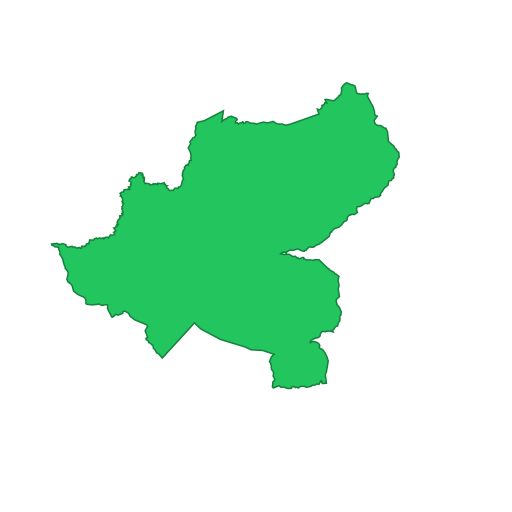 Bibiani-anhwiaso-bekwai Municipal, Western, Ghana (orthographic projection), rotated 61°
{"feature_id": "2480657B81329004729189", "entity_name": "Bibiani-anhwiaso-bekwai Municipal", "entity_type": "district", "adm_level": 2, "iso_a3": "GHA", "parent_name": "Ghana", "parent_adm1": "Western", "projection": "orthographic", "projection_center": [-2.296, 6.295], "detail": "fine", "context": "isolated", "style": "filled", "palette": "green", "viewbox_px": 512, "rotation_deg": 61, "n_neighbors": 0, "source": "geoboundaries", "source_scale": "gbopen_adm2", "svg_char_len": 6087}
<svg xmlns="http://www.w3.org/2000/svg" viewBox="0 0 512 512"><g transform="rotate(61 256 256)"><path d="M276.0,392.6L277.9,391.4L279.7,391.8L280.9,390.8L284.8,389.6L287.1,390.5L288.7,389.8L292.5,389.9L294.0,388.7L299.8,387.4L284.7,342.2L293.0,339.7L311.7,327.6L330.3,309.6L335.6,305.8L342.0,295.8L350.8,287.8L351.6,291.4L355.0,295.5L356.5,295.2L359.7,295.9L361.2,296.9L363.4,297.4L364.7,296.9L366.9,297.4L369.4,299.3L372.7,299.3L374.0,300.5L374.3,302.3L378.6,305.2L379.8,304.8L380.6,298.8L383.1,297.7L384.0,295.4L387.1,292.7L388.9,289.4L387.8,287.4L389.2,285.7L390.2,285.3L390.1,284.5L392.0,282.8L391.5,280.2L393.8,276.5L395.1,275.8L396.0,273.4L396.7,270.6L396.3,269.6L397.5,266.8L397.4,264.9L398.8,263.2L396.6,259.7L397.6,259.3L398.6,259.9L399.9,259.6L401.4,256.1L393.1,252.8L391.6,250.7L383.0,243.8L379.1,242.9L374.2,242.6L370.1,243.1L367.7,244.9L366.4,244.9L365.3,243.7L364.0,243.4L361.3,244.3L358.4,247.3L358.2,250.4L357.2,250.1L356.4,248.4L356.6,243.2L357.1,242.8L357.5,241.1L357.2,239.1L354.7,236.7L354.1,234.4L356.0,231.9L355.9,231.2L357.1,228.4L359.8,225.3L358.1,225.4L358.1,223.9L356.4,220.9L356.7,218.4L354.4,216.5L353.4,214.2L351.2,212.7L349.6,212.5L348.7,210.2L346.2,208.5L341.6,208.0L337.8,208.6L335.0,208.0L333.0,206.9L332.0,202.7L324.5,200.0L322.1,197.6L316.8,195.9L314.2,193.4L311.1,194.5L309.7,195.7L308.0,195.8L303.3,198.7L302.4,198.4L301.5,199.2L289.9,202.7L287.7,206.3L287.6,207.9L284.9,211.7L284.2,213.5L281.5,215.5L280.6,215.0L280.0,215.6L279.4,219.6L278.0,220.2L277.5,221.2L275.3,221.7L274.3,224.1L270.6,226.1L268.0,231.2L266.0,233.4L265.5,231.2L266.1,230.8L266.2,229.2L268.2,228.0L267.0,226.8L267.4,226.1L267.2,223.7L268.9,221.1L270.1,215.8L273.8,213.4L275.3,211.4L274.8,210.3L275.4,209.6L274.6,208.1L273.9,204.8L275.7,202.6L276.2,200.6L275.7,198.6L276.3,194.4L275.8,193.6L276.0,192.1L274.3,182.4L271.4,179.4L271.7,178.3L271.0,177.4L270.1,174.2L271.0,169.4L270.2,165.7L268.7,162.6L268.9,159.9L268.4,158.6L266.5,157.4L265.5,154.6L266.1,153.4L265.8,152.2L267.4,150.0L267.1,146.3L263.8,145.4L261.9,143.7L263.0,141.4L263.2,139.1L262.7,135.8L263.5,133.8L264.4,133.3L264.8,131.7L261.5,127.5L262.6,125.7L262.2,123.5L263.8,119.9L263.3,117.5L262.3,117.6L258.8,110.7L258.0,106.2L254.7,103.4L255.5,100.9L254.5,99.3L254.6,97.8L253.3,97.2L251.8,95.4L248.4,94.9L246.2,92.9L246.2,90.8L244.7,89.5L244.4,88.3L241.5,86.7L239.4,84.1L239.0,82.8L234.5,80.9L232.3,81.8L230.5,81.6L229.4,82.4L227.0,82.1L220.0,84.6L211.3,80.8L207.1,80.5L206.5,81.5L202.3,83.7L201.5,85.4L199.5,87.2L197.7,87.7L194.8,87.0L192.5,82.1L191.2,83.2L189.8,83.6L187.0,82.3L182.1,81.3L170.1,81.1L168.3,79.0L167.2,80.4L167.1,82.8L166.1,83.6L165.2,86.0L162.8,88.7L160.8,88.7L156.6,87.2L155.2,87.1L153.5,88.2L152.5,89.6L149.1,92.1L148.3,93.3L148.8,96.3L150.5,99.8L153.2,101.1L156.0,103.7L156.0,105.8L156.9,107.0L158.0,112.8L153.3,118.2L152.6,119.8L156.4,120.0L155.3,121.3L156.5,123.0L156.3,125.4L157.4,125.4L159.0,128.6L158.5,130.1L157.3,131.2L162.4,132.1L157.3,162.1L156.1,166.5L153.2,169.2L150.8,173.5L146.6,175.7L145.2,181.5L142.5,184.5L140.8,191.6L139.5,192.7L137.0,196.6L134.4,198.3L133.7,199.6L134.3,200.5L134.0,202.6L132.6,202.3L132.1,202.7L132.6,204.1L131.8,205.4L132.1,207.3L130.3,207.8L129.7,209.5L128.3,208.5L127.6,206.3L126.2,206.3L121.8,209.8L121.0,213.3L121.6,214.6L121.3,217.6L121.8,220.7L113.2,214.1L112.6,235.5L110.6,242.8L111.8,243.5L113.1,245.9L115.6,246.9L117.0,248.6L119.4,249.8L121.2,249.9L122.4,252.5L122.1,254.3L123.3,256.1L123.4,257.4L124.5,258.7L126.2,258.7L128.6,262.9L133.8,263.1L137.7,264.6L138.6,265.7L141.0,266.2L140.3,268.0L142.0,269.1L142.8,271.1L143.6,271.1L143.3,272.3L142.6,272.8L143.6,275.6L145.2,276.2L146.0,278.2L147.0,278.5L146.9,279.1L148.2,280.4L149.3,280.4L149.7,281.5L153.6,282.1L154.1,283.5L158.0,287.2L158.6,289.0L158.1,290.4L159.1,291.2L157.3,294.1L158.4,296.5L156.7,300.0L154.3,300.2L153.3,300.9L151.6,300.6L151.5,299.7L150.9,300.5L149.2,300.7L149.4,301.3L148.8,301.7L147.4,300.8L146.6,304.4L145.1,306.0L145.8,307.1L144.7,307.2L145.0,308.4L143.9,309.0L143.9,310.1L143.1,310.7L143.7,311.0L143.1,311.8L143.2,312.8L142.3,314.4L141.5,314.1L139.4,316.3L139.0,317.9L136.0,318.0L136.1,317.4L134.6,316.4L133.7,316.6L133.9,315.9L132.9,315.6L132.0,316.6L130.5,315.6L129.8,316.5L129.5,315.5L128.5,315.3L126.3,318.0L127.4,318.9L126.9,321.0L127.9,321.4L128.0,322.7L128.6,323.1L128.3,325.2L126.6,326.2L126.5,326.9L127.8,327.8L127.5,329.2L128.8,330.7L130.5,329.6L131.5,329.7L132.5,331.0L133.1,330.7L133.6,331.2L134.2,332.4L134.0,333.3L135.0,332.5L134.4,333.9L136.6,334.2L136.2,335.0L135.3,335.2L135.4,336.3L134.1,339.2L135.6,340.8L135.1,342.4L135.3,344.5L137.2,344.6L137.8,345.7L138.6,344.8L142.6,345.3L143.1,346.6L143.6,346.2L144.8,347.1L145.1,346.3L145.9,346.4L148.1,349.5L149.5,349.6L149.7,350.5L152.2,350.8L152.5,351.5L153.5,351.5L153.8,352.9L155.1,353.1L155.2,352.6L155.9,353.8L154.8,355.7L157.2,356.8L157.5,358.8L159.3,361.3L161.5,361.3L161.0,362.4L162.4,362.8L162.0,363.8L162.7,364.0L162.6,365.4L163.1,366.1L162.7,366.8L166.0,366.4L166.3,369.0L167.8,368.6L168.7,369.7L168.6,370.8L167.0,373.0L168.6,376.4L167.2,377.2L166.9,378.0L166.6,379.2L167.3,380.8L165.9,381.0L165.8,382.8L164.4,383.9L164.1,386.3L163.1,386.6L162.5,388.8L163.4,390.2L161.3,393.7L164.3,396.4L163.5,397.1L163.4,398.5L164.4,399.5L164.1,400.1L164.6,400.5L164.6,401.5L163.0,403.2L163.5,404.5L164.4,404.6L164.4,405.8L162.7,406.6L162.4,408.7L160.1,410.3L160.1,411.6L158.3,412.1L157.2,416.4L154.6,417.3L153.9,416.8L151.3,419.2L151.1,421.3L150.4,422.1L150.8,422.7L148.5,423.8L146.4,429.0L147.7,429.2L149.0,428.0L150.6,427.3L152.2,424.9L153.5,424.6L154.6,425.3L157.7,425.6L159.5,426.8L164.2,426.4L169.8,427.9L173.5,428.3L174.2,428.9L177.4,428.2L180.0,428.5L184.8,432.8L187.8,433.0L190.7,431.5L192.8,431.2L198.4,432.6L203.7,430.2L208.7,426.4L211.0,426.0L213.1,426.5L215.0,427.8L216.1,427.5L219.4,422.9L222.0,416.5L224.5,414.8L226.1,410.1L227.0,409.6L230.2,411.4L239.6,411.7L240.0,410.9L239.1,407.0L240.9,405.2L241.5,400.4L240.1,399.2L240.6,397.4L244.4,395.2L247.6,395.3L252.9,393.1L263.4,384.8L264.9,384.9L267.7,389.2L274.6,390.2L274.7,392.2L276.0,392.6Z" fill="#22c55e" stroke="#15803d" stroke-width="1.5"/></g></svg>